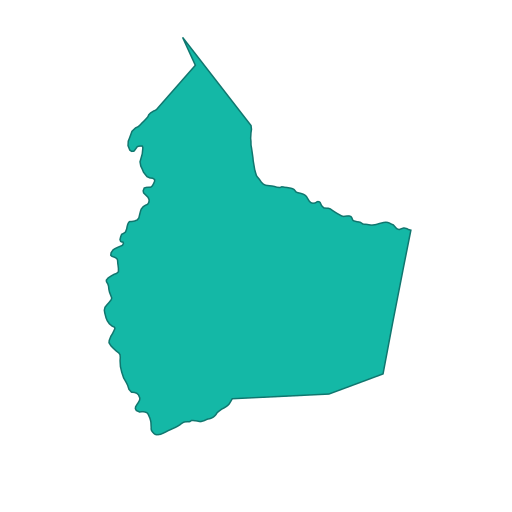 the district of Yauyupe, El Paraíso, Honduras, rotated 13°
{"feature_id": "27666195B23214675582882", "entity_name": "Yauyupe", "entity_type": "district", "adm_level": 2, "iso_a3": "HND", "parent_name": "Honduras", "parent_adm1": "El Paraíso", "projection": "natural_earth1", "projection_center": [-87.088, 13.756], "detail": "fine", "context": "isolated", "style": "filled", "palette": "teal", "viewbox_px": 512, "rotation_deg": 13, "n_neighbors": 0, "source": "geoboundaries", "source_scale": "gbopen_adm2", "svg_char_len": 6024}
<svg xmlns="http://www.w3.org/2000/svg" viewBox="0 0 512 512"><g transform="rotate(13 256 256)"><path d="M402.2,232.3L401.1,196.0L398.4,195.9L396.9,195.4L393.8,195.4L392.9,195.9L391.6,196.7L389.6,198.0L388.4,198.0L387.3,197.8L386.2,197.2L382.8,194.8L380.9,194.5L378.2,193.8L376.4,193.7L374.9,193.9L372.9,194.6L370.9,195.6L368.9,196.6L366.5,198.0L365.3,198.6L361.8,199.9L359.9,200.1L356.5,200.3L355.5,200.5L354.6,200.7L353.0,200.8L351.4,200.2L350.1,199.7L348.3,199.7L347.0,199.9L344.0,199.8L343.2,199.7L342.6,199.5L342.1,199.1L340.6,197.0L340.3,196.8L339.6,196.2L337.7,196.0L335.5,196.6L333.9,197.2L332.3,197.8L330.4,197.7L328.3,197.1L325.2,196.2L322.6,195.3L320.2,194.4L317.8,193.4L315.8,193.2L313.7,193.6L311.3,193.9L308.5,192.1L306.4,189.4L305.5,189.0L304.1,189.0L303.2,189.5L302.6,190.3L301.1,191.3L300.5,191.5L299.8,191.7L299.3,191.8L297.5,191.7L295.6,190.6L294.7,189.7L292.9,187.9L292.0,186.9L290.7,186.0L289.7,185.6L288.4,185.2L286.8,185.0L285.4,184.9L283.9,184.9L282.3,184.9L280.8,184.7L279.5,183.7L278.2,182.7L276.6,182.2L274.7,182.1L272.6,182.2L270.5,182.3L268.5,182.6L267.0,182.6L265.5,182.8L264.0,183.9L260.9,184.3L258.2,184.1L255.9,184.2L253.4,184.5L251.5,184.7L249.6,184.9L247.1,184.4L244.6,182.9L242.0,180.5L239.2,178.4L238.2,177.4L237.8,176.6L236.8,174.9L235.8,173.0L235.0,171.6L235.0,171.4L231.8,163.7L231.5,162.8L231.0,161.2L230.0,158.6L227.4,151.9L226.2,149.1L225.3,145.5L224.3,142.5L223.8,139.5L223.4,137.3L223.2,134.9L223.1,133.6L221.8,130.0L135.3,59.5L154.0,83.8L128.1,131.9L127.4,133.2L126.4,135.2L125.2,136.7L123.7,137.7L122.5,138.9L121.1,140.3L119.7,142.6L119.4,144.5L118.7,145.9L117.5,148.0L116.3,150.0L114.9,152.1L113.8,154.1L112.1,156.5L109.8,158.3L107.1,162.4L106.6,166.5L106.1,170.4L105.7,172.8L106.5,177.3L109.2,181.2L111.1,182.0L113.1,181.5L113.7,181.0L114.9,178.2L115.8,176.1L117.5,175.2L119.3,174.7L120.5,174.5L121.4,175.9L121.7,178.2L122.2,182.2L122.1,183.7L122.0,186.3L121.8,190.3L123.5,194.3L125.6,196.9L127.5,199.6L129.8,201.5L132.0,203.2L135.0,203.8L135.8,203.7L137.9,203.5L140.0,204.3L140.4,206.0L139.9,208.6L139.2,211.0L137.9,212.7L136.5,213.0L133.8,213.8L131.8,214.9L131.4,217.9L132.3,219.8L132.9,220.2L135.2,221.6L137.6,223.1L139.3,225.4L139.5,228.0L138.7,230.1L136.9,231.4L135.0,233.3L133.6,236.2L133.4,238.1L133.3,241.8L133.3,245.2L132.1,247.7L130.5,248.7L130.0,249.2L127.3,250.3L125.1,250.9L124.4,251.9L123.9,253.9L123.8,256.4L123.9,258.6L123.4,262.1L121.7,263.9L120.2,265.1L119.8,267.8L119.8,270.6L120.8,272.2L121.8,272.5L123.3,272.4L124.0,273.5L123.5,275.6L121.5,277.1L119.8,278.3L117.1,280.4L115.4,282.1L114.1,285.4L114.3,287.9L115.6,288.7L118.1,289.0L119.7,289.3L121.5,290.3L122.1,291.4L123.2,294.9L123.3,295.0L124.7,298.9L125.5,302.3L124.0,304.4L121.9,305.7L119.4,308.0L116.9,310.6L115.6,313.2L116.1,314.7L118.0,316.7L119.1,318.6L120.2,321.7L121.4,324.2L123.5,327.3L124.9,329.4L124.7,331.3L123.2,334.5L121.8,337.0L120.4,339.9L120.4,342.9L121.4,345.4L123.8,350.0L125.6,352.5L128.3,355.0L131.6,356.7L133.8,357.1L134.7,357.9L134.8,358.7L134.4,360.7L133.7,363.7L132.9,366.2L132.7,366.5L132.0,371.2L132.3,373.6L134.9,376.2L137.7,378.0L141.2,380.0L144.1,381.3L145.7,382.7L146.6,385.5L147.1,388.5L148.8,394.3L151.3,399.4L154.4,404.5L158.0,408.4L160.0,410.8L162.2,414.5L165.3,416.7L168.2,416.3L170.8,416.6L172.7,417.7L174.8,420.6L175.0,422.7L174.3,425.2L173.5,427.3L172.6,430.0L172.8,431.9L174.2,433.5L175.3,433.7L177.7,434.2L178.1,434.0L178.3,433.9L178.8,433.8L179.4,433.5L179.8,433.4L180.3,433.3L180.8,433.1L181.3,433.1L181.7,433.0L182.0,433.0L182.5,433.0L182.9,433.0L184.0,433.1L184.5,433.2L184.9,433.3L185.2,433.4L185.3,433.4L185.5,433.5L185.9,433.9L186.1,434.1L186.6,434.5L186.8,434.8L187.2,435.3L187.4,435.6L188.3,436.8L188.8,437.5L189.1,437.9L189.3,438.2L189.6,438.8L190.0,439.5L190.2,439.9L190.6,440.7L190.7,440.9L190.8,441.2L190.9,441.4L191.0,441.7L191.2,442.3L191.7,444.1L192.1,445.5L192.4,446.4L192.7,447.9L192.9,448.4L193.0,448.7L193.1,448.8L193.1,449.0L193.3,449.3L193.5,449.5L193.8,449.9L194.3,450.3L194.8,450.7L195.1,451.0L195.5,451.2L195.8,451.4L196.3,451.8L196.7,452.0L197.0,452.1L197.4,452.3L197.7,452.4L198.0,452.5L198.3,452.5L198.5,452.5L198.9,452.5L199.3,452.5L199.8,452.4L200.0,452.3L200.4,452.2L201.2,452.0L201.5,451.8L202.3,451.5L202.7,451.4L203.0,451.2L203.3,451.0L203.7,450.8L204.4,450.2L205.2,449.7L205.9,449.1L206.7,448.5L207.8,447.6L209.5,446.1L210.1,445.6L210.8,445.1L212.4,443.9L213.4,443.1L215.8,441.3L217.1,440.2L217.9,439.5L218.3,439.1L218.7,438.7L219.1,438.3L219.4,438.0L219.8,437.7L220.2,437.0L220.7,436.5L221.1,436.0L221.5,435.6L221.8,435.3L222.4,434.7L222.7,434.4L223.0,434.2L223.4,434.0L223.6,433.9L224.1,433.6L224.7,433.4L225.2,433.3L225.7,433.1L226.1,433.0L226.4,432.9L227.4,432.7L227.8,432.6L228.0,432.6L228.4,432.4L228.6,432.3L228.8,432.2L229.0,432.0L229.2,431.8L229.3,431.7L229.6,431.3L229.7,431.2L229.9,431.1L230.0,430.9L230.3,430.7L230.6,430.6L230.8,430.6L231.6,430.5L231.9,430.4L233.2,430.3L234.5,430.1L236.0,430.0L236.9,430.0L238.1,430.0L238.5,429.9L238.8,429.9L239.2,429.8L239.4,429.8L239.6,429.7L239.8,429.6L240.5,429.2L241.2,428.8L241.8,428.5L242.5,428.1L242.9,427.8L243.1,427.6L243.7,427.2L243.9,427.0L244.2,426.8L244.8,426.3L245.0,426.2L245.4,425.9L245.7,425.7L245.9,425.6L246.1,425.5L246.6,425.4L246.9,425.2L247.3,425.0L247.7,424.8L248.1,424.6L248.8,424.1L249.2,423.8L249.6,423.5L249.9,423.2L250.3,422.9L250.5,422.7L250.7,422.4L251.0,422.1L251.3,421.7L251.6,421.3L251.9,420.8L252.1,420.5L252.3,420.1L252.5,419.8L252.7,419.4L252.8,419.0L252.9,418.7L253.1,418.2L253.2,417.9L253.3,417.7L253.4,417.4L253.6,417.1L253.8,416.9L254.1,416.4L254.5,416.0L255.0,415.3L255.7,414.5L256.6,413.4L257.0,413.0L257.2,412.8L257.5,412.5L257.7,412.3L258.5,411.7L258.8,411.4L259.1,411.2L259.4,410.9L259.6,410.6L260.1,410.2L260.4,409.8L260.8,409.5L261.2,409.0L261.5,408.7L261.7,408.4L262.0,408.1L262.3,407.6L262.5,407.3L262.6,407.1L262.8,406.8L263.0,406.5L263.2,406.0L263.3,405.8L263.4,405.5L263.5,405.1L264.2,403.0L264.7,401.3L265.0,400.4L358.1,374.1L406.3,342.3L404.2,290.9L402.2,232.3Z" fill="#14b8a6" stroke="#0f766e" stroke-width="1.5"/></g></svg>